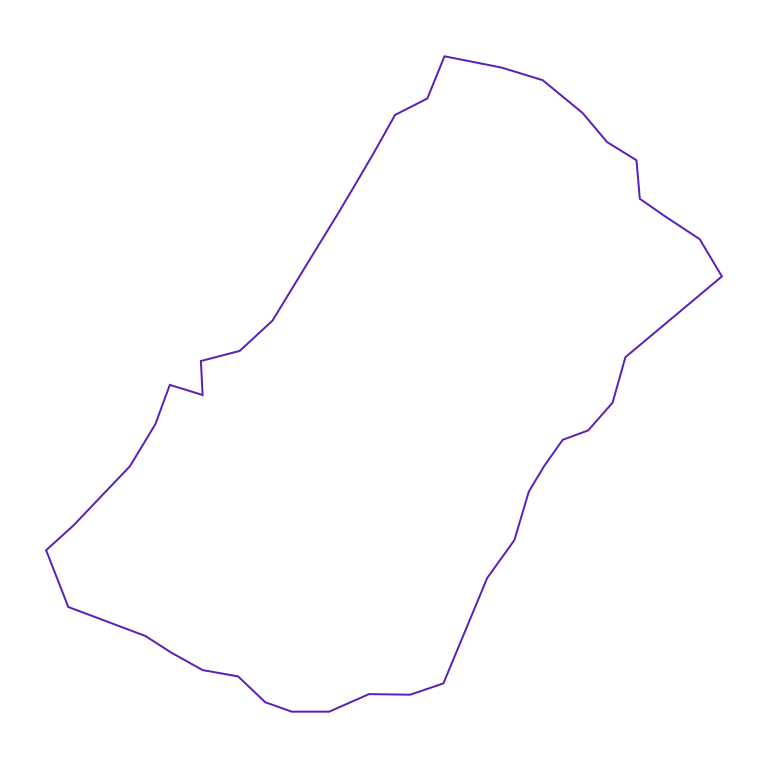 Santa Luzia do Norte, Alagoas, Brazil (Robinson projection)
{"feature_id": "56859067B36657836872761", "entity_name": "Santa Luzia do Norte", "entity_type": "district", "adm_level": 2, "iso_a3": "BRA", "parent_name": "Brazil", "parent_adm1": "Alagoas", "projection": "robinson", "projection_center": [-35.83, -9.61], "detail": "fine", "context": "isolated", "style": "outline", "palette": "violet", "viewbox_px": 768, "rotation_deg": 0, "n_neighbors": 0, "source": "geoboundaries", "source_scale": "gbopen_adm2", "svg_char_len": 684}
<svg xmlns="http://www.w3.org/2000/svg" viewBox="0 0 768 768"><path d="M721.9,276.4L699.7,239.2L665.3,216.5L639.8,198.8L636.5,160.3L607.1,142.1L582.6,113.0L542.7,80.2L501.6,67.6L444.5,56.3L427.3,98.5L395.1,114.9L373.5,153.4L354.6,185.6L337.4,214.6L319.1,244.3L295.2,283.4L272.5,320.6L239.7,350.9L200.9,361.0L202.6,395.0L169.8,384.9L155.4,424.1L129.9,466.3L102.7,494.7L73.3,525.6L46.1,550.2L68.3,607.0L145.4,636.0L170.9,652.4L202.6,670.1L238.1,676.4L265.3,702.3L291.9,711.7L329.1,711.7L369.0,694.1L410.1,694.7L443.4,683.4L487.2,578.0L514.4,540.1L528.8,491.6L544.4,465.7L562.7,439.8L588.2,430.4L612.6,402.6L625.4,357.2L721.9,276.4Z" fill="none" stroke="#5b21b6" stroke-width="2"/></svg>